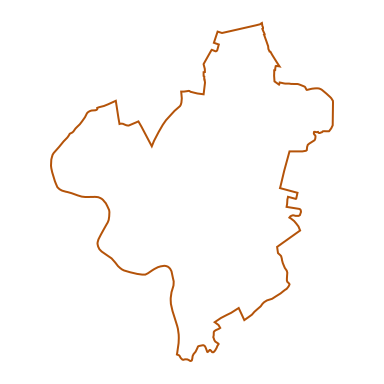 Thu Dau Mot, Bình Dương, Vietnam
{"feature_id": "81297802B23780781410203", "entity_name": "Thu Dau Mot", "entity_type": "district", "adm_level": 2, "iso_a3": "VNM", "parent_name": "Vietnam", "parent_adm1": "Bình Dương", "projection": "orthographic", "projection_center": [106.667, 11.014], "detail": "fine", "context": "isolated", "style": "outline", "palette": "amber", "viewbox_px": 384, "rotation_deg": 0, "n_neighbors": 0, "source": "geoboundaries", "source_scale": "gbopen_adm2", "svg_char_len": 5015}
<svg xmlns="http://www.w3.org/2000/svg" viewBox="0 0 384 384"><path d="M69.7,133.8L69.6,134.1L68.8,135.5L67.4,137.5L63.6,141.4L59.2,146.8L53.7,153.0L52.6,154.8L51.9,157.2L51.3,159.6L51.0,165.7L51.3,168.2L52.2,172.3L54.9,181.2L56.1,184.2L57.4,187.2L57.8,187.6L59.5,189.2L61.8,190.5L63.3,191.0L64.8,191.4L65.4,191.6L67.7,192.1L71.6,193.2L77.7,195.4L81.7,196.6L85.2,197.0L87.6,197.0L94.0,196.9L95.3,196.9L96.7,197.0L98.2,197.2L98.3,197.2L100.2,198.0L101.7,198.8L103.0,199.9L104.4,201.6L105.8,203.2L107.2,205.9L109.1,210.0L109.4,212.1L109.2,216.4L108.8,219.2L108.7,219.9L107.7,222.5L106.5,224.5L103.3,230.2L101.0,234.4L99.6,237.1L99.3,237.7L98.4,239.5L97.7,242.0L97.5,243.3L97.6,244.3L98.1,246.5L99.4,249.2L101.6,251.5L105.2,254.0L111.6,258.4L115.3,262.6L118.0,266.1L120.2,268.1L122.1,269.5L124.1,270.5L124.5,270.6L129.9,272.2L131.6,272.6L137.1,273.9L142.2,274.6L145.3,274.6L147.9,273.3L152.3,270.3L154.4,269.0L157.9,267.2L160.5,266.4L164.3,265.8L165.9,266.0L167.7,266.6L168.8,267.4L170.1,268.7L171.5,271.3L172.9,277.9L173.7,281.4L173.6,283.9L173.5,285.2L173.5,285.5L172.8,287.9L171.5,292.2L170.7,298.1L170.7,300.0L170.9,303.9L172.5,311.0L174.4,317.0L177.2,326.0L177.9,328.8L178.2,331.0L178.7,334.6L178.8,338.0L178.6,343.1L177.2,352.9L176.9,354.5L179.0,355.3L179.8,356.2L180.3,357.3L181.0,358.3L182.4,359.6L183.3,359.8L185.1,359.3L187.3,359.4L188.7,360.0L189.9,360.8L190.8,361.0L191.8,360.4L192.3,358.6L192.6,356.2L193.5,354.2L195.6,351.7L197.3,348.2L198.0,346.5L199.0,346.0L203.0,345.2L203.7,345.3L205.0,346.3L205.9,348.2L206.8,350.7L207.2,351.8L207.7,352.0L209.0,350.8L209.6,350.0L210.2,350.0L210.6,350.3L211.4,351.2L212.1,352.1L213.0,352.3L213.6,352.1L214.2,351.5L215.1,350.5L216.6,347.9L217.4,345.9L218.6,344.1L218.5,343.7L215.3,341.6L214.5,340.4L214.1,339.4L213.7,338.1L213.3,337.2L213.7,335.3L213.8,332.1L214.1,331.5L214.7,330.9L215.9,330.1L218.9,328.8L220.2,327.9L218.5,325.0L214.7,322.2L220.9,318.0L226.9,314.9L231.2,312.8L238.7,308.0L244.3,320.1L248.0,317.5L251.9,314.7L254.4,311.8L257.0,309.5L260.7,306.3L261.2,305.6L262.4,303.9L264.1,302.2L267.0,300.4L272.1,298.8L275.8,296.4L280.6,293.4L283.3,291.2L285.0,289.9L285.8,289.3L286.3,289.2L286.8,288.7L288.6,286.4L289.5,284.5L289.3,283.8L288.4,282.8L287.3,281.8L286.9,280.6L286.9,278.6L287.1,275.3L287.3,272.7L286.7,270.6L284.8,267.9L282.8,263.1L282.0,260.1L281.8,258.6L281.1,256.1L280.3,255.2L278.0,253.1L277.1,246.9L300.1,230.5L298.5,226.5L296.3,223.6L294.1,221.0L290.8,218.4L289.4,217.6L290.2,216.5L291.1,215.9L291.7,215.7L292.8,215.3L293.5,215.3L295.3,215.8L295.9,215.9L296.7,215.9L298.6,215.9L299.9,215.1L301.0,211.9L300.7,210.1L300.1,209.3L299.2,208.9L286.6,206.9L287.1,204.0L287.2,202.7L287.4,199.4L287.8,197.9L288.0,196.8L295.8,198.9L296.2,198.6L297.5,192.8L280.0,188.1L280.6,185.9L284.2,170.8L289.5,151.4L302.4,151.4L305.9,150.8L306.8,150.1L307.1,147.0L307.8,144.8L309.4,143.5L314.3,140.4L314.9,139.7L315.3,138.4L315.4,137.6L315.5,136.2L315.2,135.4L314.4,134.6L314.1,134.2L313.8,133.2L314.1,131.9L315.0,131.8L315.6,132.1L316.3,132.2L318.0,131.9L318.3,132.4L318.4,132.7L319.0,133.0L319.8,133.0L321.0,132.5L322.0,132.2L322.7,131.4L323.9,131.2L328.5,131.3L329.1,131.2L331.2,128.4L332.7,125.3L333.0,102.3L332.9,100.8L332.3,99.9L331.4,98.4L330.8,97.7L330.0,96.9L326.4,93.6L322.1,90.0L321.2,89.4L319.4,88.6L318.3,88.4L316.8,88.3L314.9,88.4L312.1,88.7L310.7,89.0L307.5,89.8L306.9,89.9L306.7,89.9L306.5,89.7L306.4,89.5L306.0,88.8L305.2,87.2L304.7,86.7L303.6,86.2L300.1,84.8L298.4,84.2L297.4,84.0L294.5,84.0L290.9,83.9L289.2,83.6L287.4,83.6L285.3,83.6L283.9,83.4L280.8,82.7L279.7,82.5L279.6,83.0L279.3,84.0L279.0,84.6L274.5,81.4L274.1,75.7L274.2,73.0L274.2,70.3L275.0,70.3L275.2,70.1L275.2,68.7L275.7,66.1L276.1,65.9L276.7,66.0L277.4,66.1L279.0,66.3L279.5,66.4L276.5,61.8L272.2,54.9L270.4,51.7L270.2,51.6L269.8,51.6L269.6,51.6L268.4,49.0L268.1,46.0L267.8,45.3L266.5,41.5L264.6,36.2L264.2,35.0L264.1,34.8L264.6,34.7L264.7,34.3L263.0,30.5L262.4,29.0L262.8,28.9L263.0,28.7L263.0,27.3L262.3,25.8L262.2,24.8L261.9,23.0L261.2,23.4L260.5,24.0L259.9,24.3L256.0,25.3L228.7,31.5L222.0,33.0L217.6,31.6L213.9,42.8L218.8,44.5L217.3,50.0L217.0,50.6L216.2,51.2L215.5,51.3L211.8,49.8L211.3,50.4L207.9,56.4L203.8,63.7L203.6,64.1L203.6,64.3L204.8,68.9L204.9,72.0L203.6,72.2L203.6,75.2L203.6,76.0L204.3,76.5L204.2,78.0L204.3,79.5L204.6,79.5L205.0,82.7L204.4,87.7L203.6,94.3L199.9,93.8L197.5,93.5L194.6,92.8L191.4,92.0L190.5,91.8L189.4,91.0L188.4,90.9L187.5,91.1L183.9,91.6L181.2,91.6L181.8,98.4L181.4,102.6L180.8,104.7L180.0,106.1L174.5,110.9L166.0,120.2L162.8,124.8L158.7,131.9L154.0,140.9L151.8,146.3L141.3,126.4L138.4,121.4L135.9,122.5L131.4,124.4L128.8,125.5L127.8,125.5L126.5,125.3L125.4,124.9L122.9,123.8L121.9,123.7L120.6,123.7L119.5,124.0L118.4,117.7L115.8,100.8L108.1,104.3L103.9,106.0L99.1,107.2L97.2,107.9L97.3,108.7L97.2,109.3L96.5,109.9L95.2,110.3L91.7,110.5L90.1,111.0L88.4,111.9L87.5,112.7L87.1,113.1L86.8,113.6L86.1,115.0L85.0,117.2L82.1,121.3L79.8,124.3L77.5,126.5L75.5,128.5L73.4,131.5L72.3,132.5L69.7,133.8Z" fill="none" stroke="#b45309" stroke-width="2"/></svg>